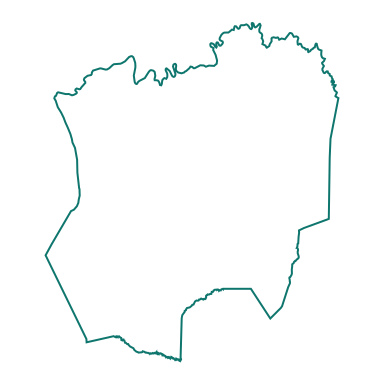 outline of Namwala, Southern, Zambia
{"feature_id": "96606910B54328368707661", "entity_name": "Namwala", "entity_type": "district", "adm_level": 2, "iso_a3": "ZMB", "parent_name": "Zambia", "parent_adm1": "Southern", "projection": "equal_earth", "projection_center": [26.749, -15.957], "detail": "fine", "context": "isolated", "style": "outline", "palette": "teal", "viewbox_px": 384, "rotation_deg": 0, "n_neighbors": 0, "source": "geoboundaries", "source_scale": "gbopen_adm2", "svg_char_len": 5803}
<svg xmlns="http://www.w3.org/2000/svg" viewBox="0 0 384 384"><path d="M270.3,318.5L280.9,307.9L282.1,306.1L288.2,287.1L289.9,283.4L290.0,281.8L289.7,281.1L289.8,280.2L289.3,278.0L289.6,277.3L290.3,277.0L291.5,274.9L291.9,273.6L291.8,269.3L292.2,266.4L292.2,264.3L293.6,263.2L294.0,262.0L294.8,261.2L295.2,261.2L295.3,260.8L295.8,260.7L296.8,259.4L297.5,259.1L298.7,257.7L298.7,256.3L297.7,253.2L297.7,251.6L298.0,250.5L297.9,249.0L297.3,247.9L296.8,247.9L297.5,246.1L297.4,245.0L297.7,243.7L298.2,243.5L298.6,236.7L299.1,232.8L299.0,230.4L304.2,227.9L328.8,218.9L329.7,157.9L330.5,138.8L338.4,98.1L336.0,96.7L335.4,96.1L336.9,92.7L336.8,92.3L334.6,90.4L333.5,87.2L335.1,86.4L335.6,85.2L332.3,84.7L332.5,83.7L334.0,82.5L334.0,81.6L333.6,81.0L332.2,82.0L331.5,81.9L331.5,81.2L332.7,79.1L331.8,77.8L331.6,76.4L329.8,75.5L329.7,74.0L328.2,73.1L327.7,71.4L326.6,71.4L325.1,72.9L324.3,73.1L323.7,72.7L322.4,70.0L322.4,68.8L323.9,66.0L322.2,63.6L322.1,62.8L324.0,61.0L324.9,58.8L322.9,58.2L321.9,57.1L321.4,55.7L321.2,54.1L321.5,50.5L319.2,49.7L318.2,48.9L317.5,47.2L316.7,43.8L316.1,43.6L315.5,44.3L314.8,47.4L313.6,47.8L312.8,48.9L311.2,49.7L310.2,51.1L308.4,52.1L308.1,51.8L308.1,49.9L307.7,49.1L307.0,49.1L306.0,49.6L305.6,49.5L304.6,48.0L302.8,47.5L302.0,46.7L301.0,44.1L299.9,43.7L298.2,44.7L297.8,44.4L297.5,42.0L297.6,40.6L298.4,38.2L297.9,37.2L296.6,36.4L293.8,36.8L292.0,33.6L290.7,33.0L289.7,33.1L284.9,39.3L281.7,38.5L279.2,39.7L278.1,37.6L277.6,37.4L276.0,37.9L273.7,37.3L272.1,37.7L271.5,38.4L271.6,41.3L269.7,44.3L269.3,46.0L266.8,47.7L266.4,47.4L265.5,45.6L262.4,44.1L263.2,41.3L262.4,39.1L261.6,38.2L262.2,36.1L262.2,35.0L261.6,33.6L259.7,32.3L259.3,31.3L259.3,29.1L259.7,28.6L260.6,25.4L259.9,23.9L259.4,23.9L256.5,26.8L255.2,27.4L254.4,26.7L253.4,23.5L252.5,23.0L251.8,23.2L251.7,24.3L252.2,26.0L252.2,27.1L252.0,28.2L251.3,29.1L250.7,29.0L249.7,28.1L248.9,26.5L247.4,24.9L246.3,24.4L244.0,25.2L241.1,25.2L240.5,25.7L239.5,28.3L238.6,28.8L237.8,28.5L236.2,26.4L234.9,26.2L234.4,26.9L233.7,30.0L232.0,29.6L228.5,32.5L224.2,32.6L222.8,33.4L221.3,35.0L219.7,38.1L219.6,39.3L220.1,40.2L222.6,41.5L222.9,42.7L222.3,44.0L220.6,45.7L219.7,45.7L219.2,45.3L217.9,42.6L217.3,42.4L216.9,42.4L216.3,43.2L216.3,44.9L216.8,46.7L216.3,47.5L215.0,46.3L213.9,44.4L212.6,43.6L211.2,43.2L210.3,44.1L210.4,45.6L210.8,46.6L213.5,48.1L213.2,50.0L215.6,54.9L217.1,60.6L216.7,63.7L214.1,65.9L209.0,65.6L205.9,66.7L203.8,65.5L200.3,65.3L194.7,68.2L193.7,68.2L192.1,66.9L190.5,66.6L189.4,68.2L186.1,71.1L184.9,71.6L184.1,72.5L181.5,73.3L178.2,72.5L176.4,71.0L175.8,69.2L176.2,65.9L176.0,64.6L175.3,63.9L174.6,63.9L173.5,64.6L173.0,66.5L175.4,73.8L175.4,74.9L174.8,76.3L174.4,76.7L173.6,76.9L172.5,76.3L171.9,75.5L169.7,71.0L166.6,68.4L166.1,68.5L165.7,69.1L165.7,70.4L167.2,73.5L167.4,75.5L167.2,77.2L166.3,78.8L164.4,78.1L163.6,78.6L162.3,80.2L161.8,84.0L161.2,85.3L160.0,85.0L159.3,82.5L158.2,80.7L156.9,80.3L154.7,80.2L154.5,79.1L155.3,75.9L154.7,72.0L153.4,70.7L151.0,70.1L149.8,70.7L148.7,72.0L144.8,78.1L139.4,80.9L138.2,81.9L137.0,83.8L136.3,84.0L135.3,83.3L134.7,82.0L133.8,75.6L135.3,67.9L135.4,65.8L135.2,62.8L133.8,58.4L133.2,57.1L132.0,56.2L131.0,56.2L129.1,57.0L125.1,61.3L122.1,63.0L120.5,63.7L114.0,64.2L112.7,65.0L109.4,68.1L107.2,69.4L105.7,69.6L100.9,68.4L100.0,68.4L93.0,70.6L91.9,72.5L91.7,74.2L91.1,75.0L87.5,75.8L84.4,78.2L83.9,79.7L84.1,80.4L85.2,81.8L85.3,82.9L81.5,87.2L80.3,89.0L79.4,89.3L76.7,88.5L75.5,89.4L75.3,90.5L76.8,92.3L76.7,93.1L76.2,93.6L73.9,94.8L72.0,95.3L68.8,94.0L65.8,94.1L58.1,92.3L57.1,93.0L56.0,95.8L54.9,96.4L54.3,98.4L55.7,100.7L57.8,107.2L61.1,112.5L63.6,117.6L65.4,122.4L67.8,127.7L70.4,134.0L71.9,139.2L72.5,142.6L75.0,147.9L77.1,159.7L77.4,172.8L79.1,188.0L79.5,189.2L79.7,195.6L78.8,199.3L78.3,202.9L76.9,206.2L73.9,209.7L71.0,211.1L51.7,244.1L45.6,255.3L86.4,339.0L86.6,342.3L113.6,336.2L114.8,336.8L115.9,336.5L115.7,337.2L116.2,337.4L117.3,336.6L117.9,337.2L118.1,336.7L119.0,336.3L120.6,337.8L121.2,337.9L121.6,338.7L121.4,339.3L121.8,339.6L121.5,340.0L122.3,340.5L123.5,339.7L123.7,340.4L124.4,340.6L125.0,342.7L125.8,342.8L127.1,344.0L128.2,344.1L128.3,344.6L130.1,346.5L133.5,348.3L134.2,349.8L136.4,351.7L137.9,352.1L138.4,352.6L141.8,352.3L142.3,352.1L142.7,351.3L144.4,351.8L145.4,352.6L145.9,352.4L147.1,352.9L148.0,352.8L149.2,353.5L149.8,353.3L150.0,353.8L150.4,353.4L151.8,353.7L152.4,353.0L153.7,353.5L154.1,353.0L155.0,353.2L155.3,352.7L156.0,353.0L156.2,352.7L156.2,353.5L156.9,353.6L157.3,353.2L157.4,354.0L157.9,354.3L158.3,354.0L158.2,353.5L158.7,353.9L158.8,353.2L159.8,353.6L160.7,353.3L161.0,353.8L162.4,354.1L162.4,355.4L163.0,355.5L163.1,355.1L163.6,355.0L165.3,356.0L165.3,356.4L166.1,356.7L166.1,357.3L168.0,356.9L168.2,357.1L167.9,357.2L167.9,357.4L168.5,357.2L168.5,357.8L169.0,357.6L169.9,358.3L169.9,357.5L170.3,357.6L170.7,356.9L170.6,357.2L171.2,357.5L171.3,356.9L171.6,357.0L172.2,357.6L171.9,358.0L172.3,358.4L173.0,358.5L172.9,358.0L173.4,358.1L173.4,358.6L174.6,359.2L175.2,360.1L175.9,359.6L176.2,358.7L176.4,358.9L176.3,359.5L176.7,359.8L176.9,359.4L177.8,359.1L179.4,360.8L179.9,361.0L179.9,359.3L180.1,359.2L180.8,359.9L181.1,359.3L180.6,357.5L181.7,318.2L182.3,315.1L184.7,311.8L184.7,310.9L185.9,310.2L186.0,309.5L187.0,308.0L189.7,307.4L191.6,305.9L192.3,304.8L193.5,304.6L195.0,301.5L196.4,300.5L197.9,300.7L198.7,300.4L199.1,299.5L200.1,299.4L201.1,298.6L202.3,299.2L203.1,299.0L203.4,299.5L204.7,298.8L205.1,299.1L205.6,298.8L206.2,297.1L206.0,296.0L206.6,295.2L207.2,295.1L207.6,294.4L208.9,294.6L210.0,294.0L211.3,293.9L211.7,291.9L212.7,292.0L213.5,291.1L213.5,290.6L214.6,289.8L216.7,289.6L216.9,290.0L217.6,289.5L218.2,289.6L218.7,290.4L219.0,290.3L219.1,290.7L219.7,290.1L220.8,290.4L221.4,289.3L222.8,288.9L223.1,289.2L223.2,288.8L250.9,288.8L270.3,318.5Z" fill="none" stroke="#0f766e" stroke-width="2"/></svg>